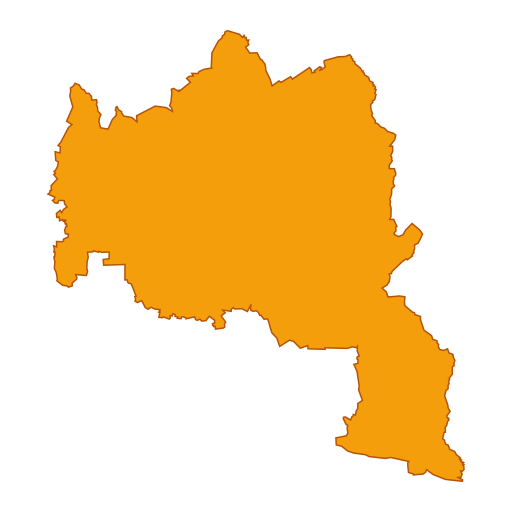 Carrick-On-Suir Lea-5, South Tipperary, Ireland (orthographic projection)
{"feature_id": "5873133B72256716491480", "entity_name": "Carrick-On-Suir Lea-5", "entity_type": "district", "adm_level": 2, "iso_a3": "IRL", "parent_name": "Ireland", "parent_adm1": "South Tipperary", "projection": "orthographic", "projection_center": [-7.586, 52.495], "detail": "fine", "context": "isolated", "style": "filled", "palette": "amber", "viewbox_px": 512, "rotation_deg": 0, "n_neighbors": 0, "source": "geoboundaries", "source_scale": "gbopen_adm2", "svg_char_len": 5928}
<svg xmlns="http://www.w3.org/2000/svg" viewBox="0 0 512 512"><path d="M62.7,285.3L67.3,286.0L68.4,287.2L72.4,285.8L72.1,283.1L76.7,279.1L76.9,277.5L75.6,274.6L86.4,275.5L87.6,271.5L86.8,268.2L87.1,261.7L88.2,257.3L87.5,252.2L92.9,251.9L93.4,250.9L98.7,252.2L98.9,251.3L102.0,252.3L109.2,252.0L109.1,258.7L103.2,259.5L103.7,265.2L125.0,264.5L124.9,279.9L127.1,279.9L128.1,282.9L131.3,284.0L136.1,296.1L134.8,296.5L135.6,298.7L135.1,301.3L137.4,302.5L141.7,300.7L145.3,307.6L148.0,309.3L151.0,307.2L154.8,309.1L160.0,309.6L158.8,312.1L160.0,312.0L158.8,317.3L162.6,317.7L163.4,316.9L169.3,319.1L170.1,318.3L170.2,315.6L172.1,316.0L172.9,313.7L175.1,314.6L175.0,316.4L177.7,316.9L177.3,318.2L181.0,318.7L181.7,316.8L183.5,316.8L186.0,318.0L186.0,318.8L194.6,316.9L195.7,319.7L197.4,320.3L200.0,319.1L201.6,321.1L205.9,320.6L209.3,316.3L214.5,320.2L214.8,322.9L212.5,323.6L212.6,325.3L213.5,325.4L213.7,326.6L215.1,326.3L215.5,329.1L223.1,328.1L224.7,327.1L224.6,323.8L225.7,322.1L221.5,316.4L221.4,315.6L225.2,312.9L222.7,310.1L231.2,311.3L231.3,309.2L233.4,307.7L234.7,309.0L241.8,308.7L247.4,311.5L251.1,304.4L250.5,307.5L250.9,310.3L253.3,311.4L256.3,310.7L258.4,312.5L259.7,315.4L261.0,315.3L264.1,319.3L267.2,318.8L268.1,320.0L271.8,332.7L276.9,338.2L279.7,346.4L289.5,340.2L293.5,341.3L300.3,348.2L307.6,345.6L308.1,348.8L325.1,349.3L325.1,347.8L347.2,348.4L352.2,346.8L356.5,347.7L357.4,346.4L357.2,351.1L359.2,356.0L357.1,357.0L356.9,358.8L358.0,359.7L357.9,363.3L353.9,364.4L357.0,371.4L359.2,385.8L358.6,389.8L362.4,400.4L357.7,403.6L357.8,408.5L356.3,410.6L355.5,415.0L353.3,414.5L353.4,415.6L351.9,416.8L350.6,420.0L345.2,416.9L343.5,417.3L343.3,418.7L346.1,424.5L347.7,425.3L347.1,428.2L347.9,433.1L346.3,435.8L335.9,437.9L336.3,445.0L341.7,446.2L347.5,450.9L353.5,453.0L365.5,454.7L369.2,456.6L385.4,458.4L390.8,457.5L408.6,461.4L407.9,462.0L407.8,465.3L408.5,472.5L413.3,473.9L413.4,474.9L423.2,474.0L425.5,472.3L426.6,469.7L433.1,474.5L445.4,479.4L462.4,481.3L462.6,479.8L458.3,477.5L460.9,477.3L462.1,474.3L460.7,471.0L462.1,471.5L464.0,469.6L463.8,466.1L462.6,464.9L463.9,464.4L462.2,462.8L463.3,462.4L460.9,461.4L460.5,460.8L461.4,459.9L459.5,459.1L460.5,458.0L456.5,454.8L454.7,451.5L449.7,449.3L448.2,445.1L445.4,443.9L444.4,440.0L442.6,438.8L444.1,432.4L445.4,432.2L445.2,427.2L446.6,425.7L447.5,421.8L448.9,419.7L448.6,418.1L447.3,418.1L446.8,415.9L450.1,411.4L448.0,407.6L447.9,405.4L444.7,395.9L445.9,390.7L448.1,388.7L448.0,385.4L449.1,383.7L448.5,381.7L449.6,379.4L449.2,378.3L452.3,374.2L452.3,366.9L454.2,365.6L453.8,363.8L454.9,360.3L453.4,357.6L452.9,354.3L449.0,353.0L447.5,348.8L443.9,350.4L440.0,349.7L438.3,346.9L438.6,344.5L437.2,343.0L436.9,340.7L432.8,339.4L431.6,335.7L424.0,330.2L420.5,319.7L420.5,316.5L414.9,314.6L414.5,312.6L412.6,312.3L404.9,305.7L404.4,302.1L404.9,296.8L399.4,296.0L388.0,297.0L386.4,292.1L382.1,288.1L387.0,285.1L389.2,281.7L390.0,276.9L389.2,274.0L391.4,273.6L392.1,271.4L402.4,261.5L406.3,258.8L407.3,259.8L412.5,256.0L412.0,255.1L414.0,252.7L413.5,252.1L414.6,248.7L414.6,244.9L418.2,243.1L422.6,234.1L419.5,229.8L412.1,223.5L405.7,230.0L402.8,234.9L398.5,236.6L394.4,234.5L394.3,232.6L396.0,230.9L395.7,227.2L396.9,226.5L393.7,219.4L389.7,219.5L390.9,216.9L391.1,208.2L390.0,204.4L390.5,201.4L389.8,199.6L391.6,193.9L391.7,188.9L394.7,185.9L393.3,184.0L393.3,180.6L393.9,179.2L393.6,177.6L395.5,175.4L395.8,173.8L394.4,168.7L389.3,168.6L389.1,167.3L389.4,165.0L392.3,160.8L391.6,159.6L391.8,157.3L390.6,155.6L392.7,151.5L392.6,146.2L389.8,146.1L394.7,139.7L395.8,135.2L393.2,133.2L387.6,131.5L384.2,128.1L381.0,127.1L377.4,123.5L375.3,122.9L375.2,120.4L371.6,115.4L372.5,113.7L371.0,109.5L370.6,104.6L372.9,102.3L372.4,101.0L374.7,99.7L376.0,94.5L374.8,93.3L376.1,89.7L374.7,89.2L375.5,87.7L374.9,86.1L373.2,85.8L373.8,84.6L372.6,83.9L373.0,82.5L369.6,80.9L368.6,77.3L364.5,74.9L364.3,73.3L362.9,72.2L363.1,71.1L362.3,71.3L360.4,68.1L354.8,63.6L354.7,61.5L352.6,60.7L352.7,58.7L351.5,58.3L351.5,56.6L349.6,54.7L345.3,56.5L338.1,56.8L324.4,60.6L324.0,62.0L325.2,66.9L322.0,69.6L319.9,70.2L321.6,67.5L319.7,66.8L314.2,70.9L315.0,72.1L312.0,72.9L311.1,69.5L309.6,67.5L292.4,79.1L290.6,76.7L281.0,82.4L279.0,80.9L272.1,85.9L270.2,79.5L265.6,69.9L265.8,68.2L264.9,64.0L261.6,59.6L260.5,59.4L257.1,52.8L249.8,53.1L245.6,47.1L248.8,44.7L247.8,42.3L248.8,40.1L246.6,40.2L246.1,37.5L245.1,37.7L244.0,35.4L242.5,37.4L239.5,34.3L227.4,30.7L225.1,31.8L224.5,34.4L222.3,35.9L222.2,37.8L218.4,40.9L211.9,52.9L211.3,67.1L211.8,68.0L204.1,69.3L199.0,71.6L198.0,73.5L191.8,73.4L193.3,75.9L189.0,76.4L186.6,78.4L190.4,82.3L180.1,90.6L179.1,90.1L178.9,91.5L173.6,88.4L171.3,89.3L171.8,92.4L171.0,102.2L169.6,105.6L171.7,108.1L172.4,111.3L166.2,107.6L155.2,106.1L136.6,115.7L137.0,121.8L131.8,117.5L123.8,116.1L121.7,113.2L121.5,111.5L118.7,110.0L117.0,106.6L116.1,107.1L115.3,110.1L116.6,111.6L116.1,113.9L116.5,115.0L112.3,119.5L108.0,129.1L100.5,127.8L98.9,121.6L99.4,118.1L100.9,114.5L97.7,110.9L97.6,107.9L96.4,104.5L97.0,102.3L96.5,99.7L91.7,100.1L91.5,96.5L88.9,93.3L86.4,93.4L83.9,89.7L81.8,89.2L79.2,85.0L75.0,83.3L73.3,86.1L70.4,88.0L70.7,90.9L69.8,95.9L72.8,107.0L66.6,121.2L71.9,124.5L68.5,127.5L60.8,142.2L58.0,145.5L60.4,146.7L60.0,152.9L55.1,151.7L55.8,160.4L58.4,162.1L57.4,166.8L55.2,170.8L54.0,171.3L55.4,173.5L53.7,174.5L57.4,178.9L51.1,185.7L51.5,190.2L50.1,190.5L49.8,192.6L48.0,194.1L54.8,197.1L54.2,199.4L52.5,200.4L54.8,202.9L57.8,203.2L58.4,201.0L59.5,200.4L64.2,200.6L64.6,204.0L67.0,206.9L63.6,209.3L61.6,212.6L60.1,210.3L56.4,213.5L56.8,217.5L59.0,217.0L59.6,220.8L62.6,219.5L63.2,221.2L65.1,219.9L65.8,220.5L64.5,221.7L65.5,224.1L66.4,223.7L66.8,226.5L65.9,226.6L64.6,230.2L65.4,233.8L68.4,234.2L68.1,237.1L63.5,239.1L63.5,240.9L62.2,241.7L56.5,241.5L56.7,246.8L53.6,245.8L54.4,249.1L53.8,251.9L54.9,251.9L54.8,256.7L53.9,257.0L54.9,262.2L54.3,268.3L56.2,272.4L57.3,278.7L56.9,280.8L62.7,285.3Z" fill="#f59e0b" stroke="#b45309" stroke-width="1.5"/></svg>